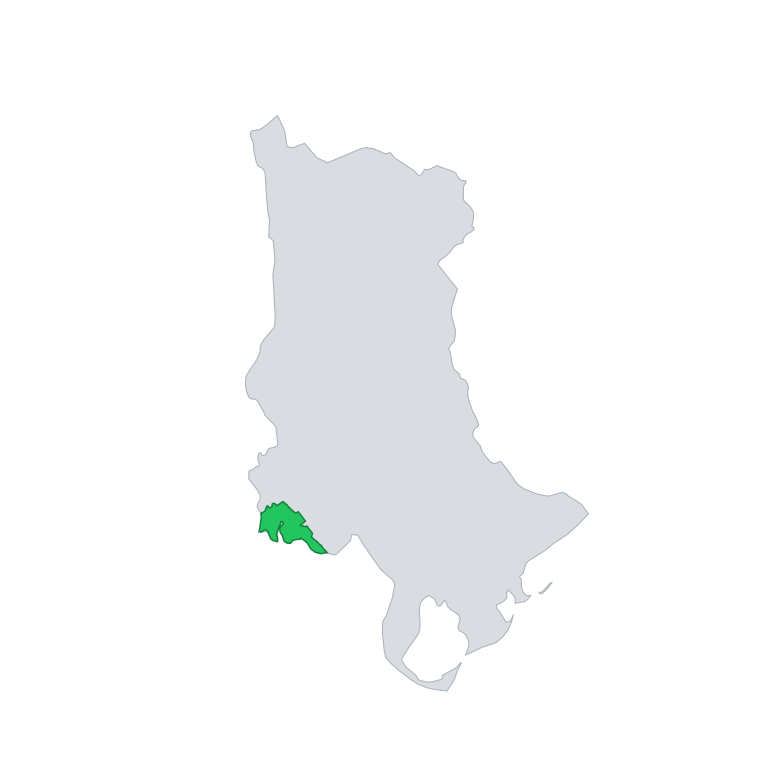 Saparmyrat Turkmenbasy, Tashauz, Turkmenistan (highlighted), rotated 232°
{"feature_id": "10190150B43921321162948", "entity_name": "Saparmyrat Turkmenbasy", "entity_type": "district", "adm_level": 2, "iso_a3": "TKM", "parent_name": "Turkmenistan", "parent_adm1": "Tashauz", "projection": "natural_earth1", "projection_center": [58.279, 42.355], "detail": "fine", "context": "in_parent", "style": "filled", "palette": "green", "viewbox_px": 768, "rotation_deg": 232, "n_neighbors": 0, "source": "geoboundaries", "source_scale": "gbopen_adm2", "svg_char_len": 6078}
<svg xmlns="http://www.w3.org/2000/svg" viewBox="0 0 768 768"><g transform="rotate(232 384 384)"><path d="M240.1,267.2L271.4,268.9L281.1,270.2L285.1,265.9L284.9,264.8L283.4,263.9L281.1,260.9L279.1,240.8L281.8,237.9L285.0,235.8L289.5,229.5L292.0,227.6L295.5,226.0L307.5,225.6L312.5,224.3L316.8,217.1L317.7,212.9L321.0,209.6L322.8,209.6L330.9,212.5L332.7,214.0L335.4,219.2L338.4,218.9L338.9,218.0L338.5,216.9L336.2,213.6L331.2,207.6L326.2,203.9L325.8,202.7L330.0,199.7L338.5,200.9L340.7,200.0L342.9,195.2L354.2,205.9L356.3,207.0L365.3,208.4L366.8,209.9L369.9,216.1L373.0,217.7L376.8,218.9L392.7,219.1L397.7,223.2L398.6,224.3L397.6,227.2L397.4,232.8L396.1,235.0L396.9,236.0L402.6,238.3L406.0,241.9L406.3,243.4L405.4,244.5L402.7,244.0L401.4,245.6L401.5,248.5L403.4,251.3L404.0,253.8L401.3,259.6L401.2,262.0L402.1,263.4L416.6,272.2L418.9,272.5L432.8,270.9L435.4,271.9L447.6,273.8L451.1,273.5L453.3,270.7L455.5,269.6L457.6,269.5L463.5,271.3L469.6,275.1L473.8,278.6L475.8,281.7L481.6,298.9L485.4,306.0L489.8,309.6L492.9,316.3L495.8,331.0L497.5,334.0L504.2,339.9L538.6,363.8L549.0,374.6L565.1,384.9L570.9,383.7L583.6,394.7L591.6,398.8L602.0,405.5L623.7,420.4L628.4,421.1L633.5,418.9L638.0,420.2L646.2,424.0L655.0,429.8L662.5,431.8L664.6,434.3L664.8,435.7L660.8,443.0L660.5,452.3L661.3,464.8L659.2,465.0L644.6,461.5L630.6,453.8L627.4,456.3L625.8,458.9L622.6,469.7L603.9,470.3L593.1,475.6L583.7,510.7L581.6,515.1L575.6,520.8L565.0,526.5L563.4,528.7L563.0,530.8L561.7,531.5L555.8,531.5L533.3,539.2L528.4,539.2L526.4,539.8L525.6,541.1L528.1,548.2L526.1,550.2L524.8,553.7L523.7,559.8L509.0,569.3L505.9,570.4L499.9,569.5L496.8,570.5L493.7,573.5L492.2,572.6L491.4,569.5L489.8,567.6L480.4,559.9L469.8,561.1L465.8,560.4L462.6,559.2L457.7,554.8L454.5,550.6L451.2,551.1L450.2,549.1L450.1,546.8L451.0,544.0L450.7,538.7L448.8,534.9L446.6,533.3L449.0,527.1L448.9,522.6L447.4,517.6L446.7,510.5L447.0,503.5L445.0,500.0L413.7,500.3L402.4,484.0L397.8,480.1L382.3,473.3L377.9,469.6L374.4,465.5L373.5,460.0L371.8,456.7L369.3,456.2L357.1,449.8L352.3,448.1L345.6,449.7L341.6,447.9L337.0,450.3L335.1,450.5L330.1,449.0L324.0,443.1L318.8,440.8L308.0,437.0L300.5,435.9L293.8,433.7L293.1,432.8L292.9,427.9L292.0,425.8L290.1,423.4L287.4,421.5L275.9,421.7L270.7,419.9L266.5,419.5L257.3,419.9L254.4,421.2L252.7,422.8L251.6,427.6L250.6,428.3L241.7,428.5L222.8,427.4L214.9,429.8L202.6,437.2L195.5,443.4L193.5,446.1L189.2,457.2L187.3,458.7L184.9,460.0L182.5,460.2L171.2,464.5L166.9,465.6L155.8,465.0L153.4,448.8L152.6,435.9L154.0,418.1L153.7,406.7L155.7,389.3L155.1,385.1L149.5,377.4L148.8,372.1L145.3,371.8L139.7,367.3L134.2,365.6L131.5,365.5L128.9,366.8L127.0,369.4L125.8,365.3L125.9,361.1L130.5,352.3L133.2,354.8L136.5,355.9L145.0,355.3L144.2,352.3L139.9,349.3L139.1,345.3L139.5,341.2L140.7,337.3L139.4,335.8L137.5,334.8L132.9,334.9L121.0,333.5L119.5,338.0L122.7,344.0L117.4,337.2L113.8,330.2L111.6,321.9L111.3,313.0L116.2,298.8L120.2,281.3L124.7,288.7L128.0,291.9L135.4,294.0L138.9,293.5L142.8,291.6L146.5,292.2L152.3,299.8L156.5,300.6L165.2,297.7L169.3,297.1L172.8,298.4L176.6,298.4L175.0,294.9L174.4,291.4L176.6,289.6L183.4,291.5L188.8,289.5L189.8,288.6L190.4,285.6L189.7,279.7L188.5,277.2L185.4,273.6L173.4,265.2L169.3,261.8L166.0,257.5L160.7,240.2L156.7,229.2L155.1,227.9L148.0,227.0L134.6,229.7L129.9,229.1L127.7,230.2L122.2,234.9L119.5,238.9L115.8,248.0L118.4,250.9L116.0,266.3L117.2,272.8L116.7,273.3L112.8,265.1L107.5,257.0L103.2,244.6L111.4,236.5L118.3,230.7L125.7,226.4L133.4,223.5L150.5,219.0L160.0,217.4L167.7,217.1L173.5,219.9L189.3,229.8L196.2,235.4L198.1,237.7L200.0,243.1L211.4,260.5L214.2,263.0L218.6,268.5L223.0,270.2L240.1,267.2ZM124.8,392.3L124.3,394.7L122.3,387.7L121.4,379.9L122.8,377.7L124.3,377.9L122.8,380.7L124.8,392.3Z" fill="#d9dde1" stroke="#a8b0b8" stroke-width="1"/><path d="M319.8,234.6L319.9,234.0L320.9,233.6L322.0,233.1L322.2,232.8L322.4,232.4L322.4,231.9L322.5,231.8L322.6,231.7L322.8,231.3L324.3,231.4L324.3,232.3L324.3,237.6L336.2,237.8L336.2,237.7L336.3,236.5L336.5,235.1L338.5,234.4L339.0,234.1L339.4,234.0L340.9,234.1L341.1,233.9L341.4,233.5L344.5,233.5L344.8,233.2L349.1,233.1L349.3,233.1L349.7,232.6L349.8,232.5L350.8,232.7L351.8,232.3L351.9,232.2L352.1,232.2L352.8,232.2L353.7,231.8L353.9,225.0L353.9,224.9L354.3,224.9L354.6,225.0L354.8,224.7L354.9,224.4L357.0,224.3L357.3,224.0L358.1,223.5L358.1,223.4L358.2,221.8L356.3,220.3L356.4,220.0L356.5,218.9L356.8,218.4L357.2,217.7L357.4,217.5L357.7,217.0L359.1,217.6L359.4,217.2L359.9,216.5L358.8,214.7L358.2,213.7L357.3,212.1L357.3,211.6L357.3,209.3L357.6,209.1L357.7,208.9L357.9,207.6L357.9,207.3L356.7,206.8L355.9,206.2L354.3,205.0L346.1,196.5L344.5,194.5L344.3,194.8L344.0,195.1L343.9,195.4L343.6,195.8L343.2,196.1L342.8,197.0L342.8,197.7L342.7,198.6L342.8,199.2L342.4,200.0L342.0,200.9L341.1,201.4L338.4,201.5L336.8,201.0L335.6,200.5L334.4,200.1L333.1,199.8L332.3,199.5L331.1,199.5L330.3,199.8L328.8,200.2L327.3,201.7L325.4,202.6L325.6,203.4L327.3,204.7L329.7,206.1L331.6,206.6L332.2,207.4L333.7,209.5L334.7,211.1L334.8,211.9L335.6,212.9L336.0,213.5L336.5,214.1L336.7,214.5L336.8,215.2L337.4,215.7L337.7,216.5L338.2,217.2L338.7,217.8L339.0,218.5L338.6,218.9L338.1,218.8L337.6,219.0L337.0,218.7L336.4,219.2L335.7,218.9L335.6,217.6L335.7,216.3L335.1,214.7L334.5,212.8L333.4,212.2L332.4,211.7L331.0,210.8L329.3,210.8L328.2,210.6L327.4,210.9L326.4,210.1L325.1,209.7L323.6,209.1L322.7,208.9L321.5,208.6L320.3,208.9L319.6,209.0L319.0,209.3L318.5,209.8L317.8,210.1L317.3,210.9L316.4,211.8L316.1,212.6L316.2,213.4L316.8,215.0L316.7,216.1L316.3,217.5L314.0,221.5L313.7,222.0L313.2,222.9L313.7,223.6L312.7,224.0L311.9,224.5L310.9,224.5L309.5,224.9L308.8,225.2L307.7,225.2L306.7,225.7L305.7,225.5L304.6,225.5L302.2,225.2L300.4,224.8L298.4,224.9L295.5,225.8L293.7,226.3L291.9,227.7L290.3,228.9L288.7,230.3L288.2,231.3L288.0,232.5L287.5,233.9L286.3,235.3L289.2,235.4L289.5,234.8L296.0,235.1L296.3,234.7L296.5,234.5L296.5,234.4L300.1,234.4L300.3,234.3L300.4,234.0L301.1,234.0L302.5,234.0L303.8,233.4L304.8,233.3L306.6,233.0L308.0,232.6L310.4,235.7L319.6,235.8L319.8,234.6Z" fill="#22c55e" stroke="#15803d" stroke-width="1.5"/></g></svg>